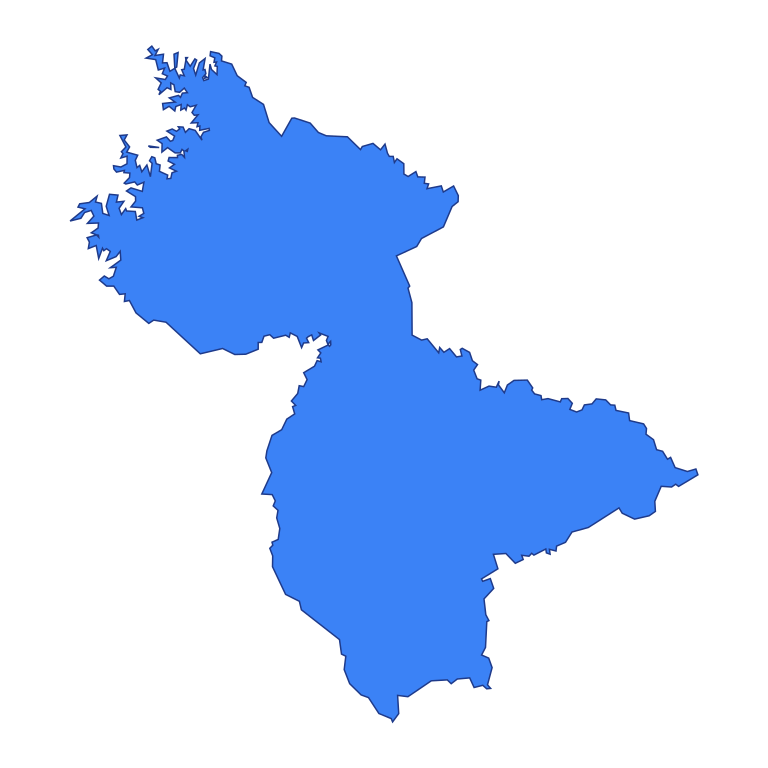 Ponta Porã, Mato Grosso do Sul, Brazil
{"feature_id": "56859067B33794589562387", "entity_name": "Ponta Porã", "entity_type": "district", "adm_level": 2, "iso_a3": "BRA", "parent_name": "Brazil", "parent_adm1": "Mato Grosso do Sul", "projection": "orthographic", "projection_center": [-55.695, -22.2], "detail": "fine", "context": "isolated", "style": "filled", "palette": "blue", "viewbox_px": 768, "rotation_deg": 0, "n_neighbors": 0, "source": "geoboundaries", "source_scale": "gbopen_adm2", "svg_char_len": 6027}
<svg xmlns="http://www.w3.org/2000/svg" viewBox="0 0 768 768"><path d="M328.2,345.0L317.9,349.9L320.8,352.9L317.5,357.8L320.4,358.2L321.1,361.8L317.1,360.6L314.5,366.2L303.7,372.7L307.1,379.6L303.7,386.6L299.2,385.7L297.7,393.5L291.4,401.0L295.7,405.4L292.6,406.6L294.7,413.9L286.8,419.1L281.7,429.7L272.0,435.4L266.9,450.8L265.8,457.9L271.7,472.6L261.8,494.0L272.2,494.6L275.3,500.9L273.2,505.9L278.0,510.3L276.7,517.9L279.8,528.5L278.2,539.4L272.0,542.2L272.8,545.2L269.8,548.3L272.7,555.9L272.5,566.7L285.6,594.4L299.4,601.3L301.4,609.8L339.5,639.6L341.5,654.1L345.8,656.2L344.2,669.6L349.7,683.7L361.1,694.9L368.5,697.6L378.9,713.5L391.2,718.6L392.6,721.9L398.7,713.6L397.6,695.4L407.9,696.7L431.3,680.8L447.3,679.9L451.2,683.7L457.3,679.0L469.7,677.9L474.1,687.5L482.8,685.3L486.7,688.8L490.6,688.4L487.5,684.8L492.1,667.6L488.7,658.1L481.6,655.0L485.5,647.4L486.8,621.6L488.9,620.6L485.8,614.7L484.0,598.9L493.7,588.4L490.3,578.6L482.7,581.3L481.5,578.9L497.9,568.8L493.4,554.3L505.9,553.5L515.3,563.3L523.2,559.5L521.7,555.3L529.0,556.2L531.7,553.3L533.9,555.1L545.8,549.0L546.4,552.9L550.1,554.2L549.4,549.3L556.0,551.0L556.6,546.1L565.5,542.3L572.0,532.0L588.3,527.5L619.0,507.9L622.2,513.2L634.6,519.1L649.1,515.8L655.4,511.4L654.8,501.3L661.2,486.3L671.6,487.0L675.7,484.2L678.6,486.4L697.9,474.8L695.9,469.0L687.4,471.5L675.1,467.6L670.6,457.4L667.5,459.2L662.6,451.3L656.6,449.7L653.5,439.7L646.0,434.2L646.5,428.5L643.6,423.9L629.6,420.6L628.6,413.0L616.0,410.4L614.8,405.2L610.6,404.9L605.7,399.9L596.2,398.9L592.0,403.9L584.4,404.9L582.0,409.9L576.6,412.0L569.8,409.4L572.3,403.3L567.9,398.5L561.7,398.7L560.3,401.9L548.0,398.6L541.7,399.7L541.0,395.6L534.6,393.9L531.7,390.1L532.7,387.9L527.3,380.1L514.0,380.4L507.4,385.0L504.3,392.8L498.4,384.8L499.1,381.1L496.3,387.2L489.0,386.1L480.1,390.2L480.8,380.1L477.1,378.8L473.7,370.1L477.5,364.6L472.4,360.7L469.6,352.4L462.2,348.3L460.3,349.5L461.9,356.0L456.5,356.9L449.6,348.6L443.9,352.3L439.7,347.5L438.7,352.8L427.2,338.8L421.6,340.1L412.1,335.1L411.9,302.7L408.0,288.1L409.7,286.1L396.4,255.9L416.7,246.5L421.5,238.5L443.4,226.9L452.1,206.5L458.1,201.7L458.3,195.6L453.6,186.0L443.3,192.0L441.3,185.9L427.0,188.7L428.6,183.9L424.3,183.3L425.0,177.1L417.8,176.9L415.9,171.6L408.1,176.5L403.9,174.0L403.8,163.7L397.0,158.8L394.4,162.5L393.2,156.4L389.3,156.4L387.5,153.3L385.0,144.1L380.5,149.8L373.0,143.4L362.3,146.5L360.5,149.6L347.4,136.8L326.3,135.8L318.4,132.5L310.2,123.1L294.5,118.0L291.8,118.2L281.6,136.3L269.1,122.6L263.5,104.4L252.6,97.4L249.1,87.3L244.8,85.8L246.2,82.4L237.2,75.7L231.7,64.1L221.5,60.9L221.9,56.1L219.0,53.4L210.6,51.6L210.1,55.8L214.8,57.8L214.0,62.3L216.6,62.0L214.9,65.9L217.3,66.4L217.0,74.6L211.5,69.5L210.0,64.1L208.4,79.1L203.8,80.6L202.6,77.6L205.9,73.7L205.0,69.5L203.1,69.9L205.1,58.5L199.4,62.9L195.7,75.1L193.5,68.5L196.7,60.1L194.9,58.9L190.2,66.3L185.9,60.0L184.3,69.2L181.7,69.7L184.3,75.8L180.2,74.9L179.3,78.0L174.8,68.3L169.9,71.3L167.0,62.7L162.5,62.9L163.5,54.2L155.0,55.5L158.2,49.3L155.2,50.9L151.8,46.1L147.8,49.5L152.4,54.7L146.1,58.1L155.7,59.6L158.3,70.0L164.6,68.1L162.3,73.7L167.5,76.0L165.3,79.5L155.7,77.9L161.2,82.9L158.1,89.4L160.5,91.3L158.9,94.7L167.1,87.7L170.9,89.5L170.7,82.9L174.0,84.8L175.2,91.6L179.6,92.3L184.3,88.1L187.4,92.7L182.4,93.1L180.5,97.4L178.5,95.4L169.3,97.9L175.2,102.1L162.6,103.5L163.4,109.7L169.1,106.3L174.8,111.0L175.8,106.5L181.2,104.5L180.8,110.1L184.6,108.0L186.0,110.1L187.4,104.7L190.2,106.8L196.2,105.2L192.0,112.5L194.3,115.3L198.0,114.8L191.2,123.0L198.0,122.7L197.0,126.7L199.9,126.0L199.7,130.3L209.1,128.4L209.4,130.4L203.5,132.3L200.9,136.8L202.0,140.2L195.2,130.4L189.1,128.7L185.4,132.4L183.1,127.1L178.3,126.8L179.7,128.9L176.5,131.3L172.2,129.0L166.9,131.1L174.6,136.1L172.8,140.4L170.4,141.3L166.4,136.9L157.2,140.2L162.1,143.6L161.9,152.1L167.6,147.6L175.1,152.9L180.3,152.9L182.0,149.4L183.9,150.9L184.5,157.4L181.7,154.4L177.4,155.3L177.5,157.6L169.1,157.5L168.1,161.0L174.5,164.3L169.5,167.9L176.4,171.2L172.0,172.8L170.8,178.4L167.0,178.8L167.7,175.1L159.4,171.3L160.1,165.0L156.2,163.7L154.8,157.8L151.8,156.7L149.5,160.8L152.1,163.3L150.4,176.7L146.9,165.0L141.8,171.8L139.7,165.4L137.0,167.6L135.3,160.3L137.7,155.2L126.7,152.1L129.6,146.9L124.2,140.0L127.0,134.9L119.9,135.5L125.9,147.0L121.4,151.7L123.0,153.6L120.8,158.0L127.1,156.2L127.0,163.8L120.9,167.0L113.5,165.7L113.9,169.0L116.5,172.1L124.4,170.4L123.9,172.6L129.9,173.1L129.5,177.6L124.2,183.1L125.8,184.0L134.7,181.9L137.3,185.0L143.9,182.2L142.3,191.4L131.0,187.9L126.5,191.0L135.5,196.6L135.6,201.1L131.0,206.9L142.4,207.8L143.8,213.4L139.0,216.3L142.9,217.7L136.8,220.1L135.3,211.5L126.6,211.0L125.7,208.6L121.4,214.6L119.1,208.3L123.9,201.3L116.4,202.1L118.0,195.1L109.5,194.3L106.2,206.3L109.1,215.5L102.8,213.4L101.4,203.4L95.5,202.0L97.1,196.1L89.3,202.5L79.7,203.8L78.0,207.1L85.0,208.8L70.1,221.0L80.9,218.3L84.6,212.5L91.2,210.4L93.9,216.1L87.4,223.4L98.5,223.0L98.1,228.0L91.3,232.8L96.6,234.9L87.1,237.7L89.4,242.1L88.3,248.6L96.2,245.5L98.7,258.5L102.5,248.2L103.8,250.7L106.5,248.7L110.3,251.4L106.3,260.7L116.1,256.6L120.2,251.3L120.8,260.1L110.3,267.7L116.3,267.3L113.4,276.2L108.9,278.8L104.3,276.0L99.5,280.1L106.6,286.1L113.8,286.1L119.5,294.4L125.2,293.8L124.4,301.5L129.4,300.5L136.0,312.9L148.8,323.4L153.7,320.1L166.0,322.2L200.3,353.8L222.6,348.5L234.8,354.5L245.8,354.2L258.2,349.2L258.2,342.5L261.8,342.4L264.0,336.2L269.8,334.7L273.6,338.2L285.7,335.2L289.2,337.3L290.3,332.9L297.2,336.4L301.6,347.6L303.6,343.0L308.7,342.6L306.5,338.2L308.3,336.6L311.7,334.9L313.5,340.5L320.6,335.0L319.1,332.9L328.1,336.4L326.4,340.5L328.2,345.0ZM328.2,345.0L329.3,342.6L330.6,341.3L330.8,344.8L329.5,346.3L328.2,345.0ZM187.8,149.2L187.3,151.4L185.6,150.8L187.8,149.2ZM96.6,234.9L98.4,235.2L98.7,237.2L96.6,234.9ZM174.8,68.3L176.7,67.0L178.1,52.5L174.0,54.2L174.8,68.3ZM150.3,147.3L159.2,147.5L148.4,145.9L150.3,147.3ZM207.2,77.5L205.4,76.0L204.7,78.2L207.2,77.5ZM185.9,60.0L187.4,57.6L185.6,57.6L185.9,60.0Z" fill="#3b82f6" stroke="#1e3a8a" stroke-width="1.5"/></svg>